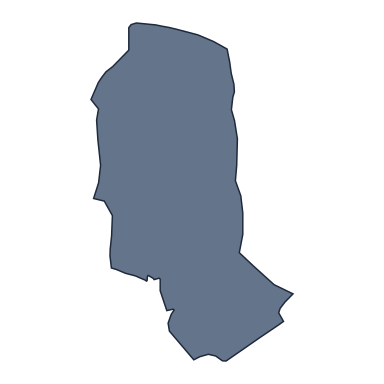 As Salam - WK, South Kordufan, Sudan (Mercator projection)
{"feature_id": "16777658B70273794752269", "entity_name": "As Salam - WK", "entity_type": "district", "adm_level": 2, "iso_a3": "SDN", "parent_name": "Sudan", "parent_adm1": "South Kordufan", "projection": "mercator", "projection_center": [28.195, 11.292], "detail": "fine", "context": "isolated", "style": "filled", "palette": "slate", "viewbox_px": 384, "rotation_deg": 0, "n_neighbors": 0, "source": "geoboundaries", "source_scale": "gbopen_adm2", "svg_char_len": 1086}
<svg xmlns="http://www.w3.org/2000/svg" viewBox="0 0 384 384"><path d="M111.4,268.0L116.4,269.5L125.5,273.3L135.4,275.9L145.3,280.2L146.3,281.1L147.1,280.6L147.3,277.6L147.6,275.9L148.2,275.4L153.3,278.4L154.1,279.6L159.1,278.2L160.2,279.1L160.2,290.8L166.8,310.6L173.1,309.2L174.1,310.1L171.3,314.2L170.3,316.9L168.1,323.2L169.4,331.1L193.8,359.8L199.8,356.7L208.3,354.3L215.7,356.0L222.4,360.8L226.1,361.0L260.4,337.2L277.3,325.8L283.5,321.4L278.7,312.9L280.1,308.4L285.1,301.9L293.0,293.9L274.1,284.7L253.2,265.8L239.3,252.7L242.8,234.3L242.8,213.1L240.8,195.8L235.4,180.8L236.7,165.5L237.4,138.8L234.5,120.6L231.4,109.7L232.8,97.3L234.4,91.9L233.9,84.2L231.2,73.2L229.6,61.5L228.5,56.2L227.1,49.1L213.7,41.6L197.9,34.9L175.9,29.1L168.7,27.4L161.5,26.1L155.7,24.9L136.3,23.0L131.1,24.6L128.8,27.6L128.8,50.1L112.7,66.6L106.1,71.7L101.8,77.3L98.4,82.4L91.0,99.5L95.5,105.2L98.5,108.9L96.6,120.1L97.9,140.0L100.6,165.4L98.6,182.8L93.6,198.5L104.3,201.1L112.4,215.6L111.6,235.8L110.2,249.1L110.0,256.1L110.4,259.4L111.4,268.0Z" fill="#64748b" stroke="#1e293b" stroke-width="1.5"/></svg>